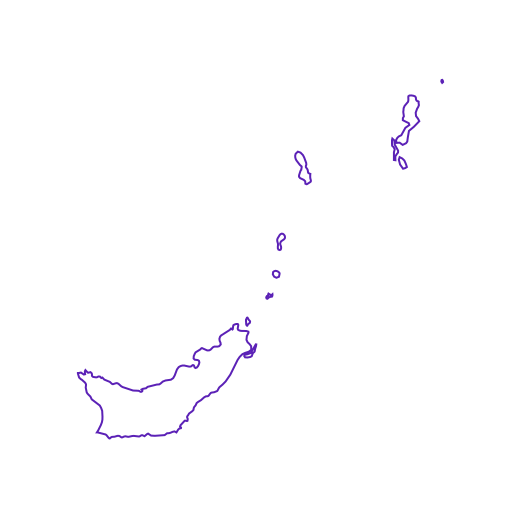 the Province of Sulawesi Utara, rotated 9°
{"feature_id": "IDN-513", "entity_name": "Sulawesi Utara", "entity_type": "Province", "adm_level": 1, "iso_a3": "IDN", "parent_name": "Indonesia", "parent_adm1": "", "projection": "natural_earth1", "projection_center": [125.095, 2.916], "detail": "fine", "context": "isolated", "style": "outline", "palette": "violet", "viewbox_px": 512, "rotation_deg": 9, "n_neighbors": 0, "source": "natural_earth", "source_scale": "10m", "svg_char_len": 5862}
<svg xmlns="http://www.w3.org/2000/svg" viewBox="0 0 512 512"><g transform="rotate(9 256 256)"><path d="M98.4,399.4L99.6,399.2L101.3,398.5L104.5,400.0L105.7,399.5L105.4,398.6L105.0,396.6L105.4,395.4L107.0,396.7L108.4,397.6L110.7,396.6L112.1,397.6L112.5,398.5L112.6,399.4L112.8,400.1L113.7,400.8L114.5,400.9L116.6,400.9L117.5,400.8L118.3,400.4L118.8,399.9L119.5,399.6L120.7,399.5L121.3,399.9L121.8,400.4L122.4,400.7L123.3,400.1L125.5,401.8L131.3,403.2L133.7,404.8L134.7,405.0L137.3,403.7L138.5,403.3L140.1,403.7L143.2,405.7L144.7,406.3L155.6,408.1L161.0,407.5L161.7,407.6L163.2,408.2L163.9,408.1L164.7,407.5L164.9,406.9L164.7,406.3L163.9,405.7L165.0,404.9L168.1,403.8L169.4,402.2L178.1,398.5L180.6,397.9L181.7,396.9L183.6,394.6L186.1,393.1L191.3,391.5L193.3,389.6L194.4,386.7L195.7,380.4L197.0,377.9L197.9,377.1L199.1,376.3L200.5,375.7L202.1,375.4L207.2,375.7L208.8,375.4L209.5,374.9L210.0,374.2L210.5,373.7L211.4,373.6L212.0,374.1L212.4,374.9L212.9,375.7L213.8,376.1L215.0,375.4L216.0,373.7L216.6,371.6L216.7,369.9L216.0,368.4L214.7,367.9L211.7,368.0L210.4,367.0L210.2,364.7L210.8,362.2L211.4,360.6L215.6,357.0L216.2,356.0L217.0,355.4L222.6,356.9L224.6,356.5L225.8,355.6L227.7,352.9L229.0,352.0L232.3,351.5L233.8,350.8L235.0,348.9L234.5,347.2L233.4,345.5L232.8,343.6L233.1,341.4L233.9,340.0L241.7,333.1L242.4,331.9L242.7,331.5L244.2,332.3L244.5,331.9L244.4,328.8L244.5,327.9L245.4,327.1L247.0,326.3L248.6,326.0L249.3,326.9L249.3,330.7L249.9,331.7L251.4,332.2L253.0,332.3L258.1,331.6L260.3,331.9L260.6,332.9L259.5,336.5L259.7,340.3L261.2,342.5L263.4,344.0L265.3,345.8L266.0,349.4L263.8,351.7L260.4,353.4L257.9,355.1L255.6,358.3L254.1,361.5L249.2,377.2L245.6,384.7L243.1,388.2L240.5,391.2L240.1,391.9L239.3,394.1L239.1,394.9L238.7,395.5L236.0,397.1L233.4,397.9L232.8,398.3L232.2,399.2L231.0,401.5L230.3,402.0L228.4,402.5L226.9,403.7L224.2,407.0L221.6,409.2L220.4,410.5L219.7,413.0L218.6,414.8L218.3,415.9L218.3,417.2L218.3,417.8L217.3,419.3L214.5,422.1L213.9,423.8L213.4,424.6L213.1,425.6L213.3,426.4L213.9,427.2L214.1,427.8L214.1,429.5L213.7,429.8L212.1,429.7L211.4,429.8L211.1,430.2L207.9,435.0L207.7,436.4L208.8,437.2L208.8,437.8L207.3,438.4L206.3,439.6L205.0,442.7L202.9,442.0L201.0,442.8L199.3,443.9L197.8,444.6L195.9,445.0L193.8,447.2L184.3,449.4L180.5,449.8L177.2,448.3L176.3,448.9L174.1,451.4L171.9,450.8L171.4,450.8L170.6,451.2L169.2,452.4L168.4,452.6L163.4,452.8L161.8,453.2L158.5,454.5L157.7,454.6L155.1,454.5L153.7,455.1L152.4,456.0L151.7,456.2L150.8,455.9L149.9,455.4L148.9,455.1L147.3,455.3L144.6,456.6L142.0,457.2L141.2,457.8L140.1,459.1L139.6,459.1L138.8,458.6L136.3,456.3L135.3,455.8L127.1,455.0L126.5,455.1L127.4,453.0L129.2,447.3L129.8,444.4L129.9,441.7L129.5,438.7L128.3,433.0L126.8,430.3L125.1,428.1L116.2,423.3L114.4,420.7L112.0,419.0L110.8,418.0L110.1,417.1L108.4,412.6L108.3,410.1L108.2,409.5L107.7,408.6L106.8,407.7L103.2,405.4L102.3,405.1L100.3,403.7L98.5,400.0L98.4,399.4ZM392.2,92.8L394.5,95.0L396.2,97.3L391.7,103.7L387.5,108.5L387.4,114.9L387.5,119.3L386.6,121.1L383.5,123.3L380.1,121.6L377.1,122.3L376.2,119.6L377.1,117.2L378.3,115.6L380.6,114.0L383.5,106.0L387.0,102.6L386.1,100.9L384.9,100.5L383.5,100.1L379.8,98.9L379.5,96.8L380.2,94.9L379.5,92.6L379.2,91.7L378.9,90.6L378.9,89.5L378.7,86.9L379.3,84.5L382.0,80.0L382.1,79.4L382.1,78.3L382.0,77.5L381.6,75.5L381.5,74.4L382.4,73.5L384.3,73.1L386.4,73.1L388.0,73.4L389.0,74.3L389.3,75.1L389.4,76.0L390.1,77.2L391.0,77.8L391.9,77.8L392.5,78.1L392.7,79.6L393.3,81.5L392.9,83.4L392.1,85.3L391.7,87.3L391.3,89.5L392.2,92.8ZM297.4,170.5L297.7,171.2L298.3,172.6L298.5,173.3L298.4,174.0L298.0,174.5L295.2,177.0L294.7,177.2L293.5,176.9L293.3,176.3L293.2,175.4L292.8,174.4L291.2,173.3L287.4,172.2L286.1,171.0L285.9,169.5L286.6,165.1L286.9,164.2L287.2,163.8L287.2,160.8L286.9,160.3L285.1,159.2L281.0,155.3L280.1,154.1L279.4,152.6L279.0,150.8L279.2,148.8L281.0,146.4L283.8,146.9L286.6,149.0L288.2,151.2L291.0,156.2L291.4,157.8L291.4,158.3L291.2,158.9L291.2,159.5L291.4,160.5L291.8,160.9L293.1,162.2L293.6,163.0L294.4,165.4L294.6,165.7L295.5,166.1L296.4,166.4L296.8,166.4L297.0,168.5L297.4,170.5ZM281.2,231.5L281.7,232.8L281.7,234.0L281.1,235.1L279.0,237.1L278.5,237.6L278.2,238.3L277.9,239.8L278.3,241.1L279.2,242.6L279.5,243.7L279.6,244.8L279.4,245.8L278.6,246.4L277.2,246.2L276.4,245.1L276.1,243.4L276.0,241.7L275.8,240.5L274.6,237.8L274.4,236.2L274.7,235.0L276.1,231.6L276.8,230.6L277.9,229.9L279.1,229.9L280.2,230.5L281.2,231.5ZM375.6,124.3L379.0,128.6L379.9,129.8L380.1,131.6L379.0,133.5L378.0,135.9L378.7,139.6L377.2,139.6L376.6,135.7L376.0,131.9L376.3,128.9L374.9,127.0L373.2,125.8L372.7,123.5L372.2,120.3L372.3,118.7L374.5,120.2L375.6,124.3ZM382.4,135.9L385.2,136.8L387.6,138.5L389.3,141.1L390.1,142.5L391.1,144.5L389.7,145.8L387.6,146.8L384.0,143.1L382.0,138.6L382.4,135.9ZM269.6,343.3L270.1,343.3L270.1,345.2L269.7,347.7L269.6,350.4L269.3,351.1L268.2,352.2L268.0,352.9L267.4,355.7L266.0,356.7L263.4,357.6L261.1,357.8L260.0,356.6L260.2,355.6L260.9,355.1L262.6,354.5L266.1,352.6L269.6,343.3ZM280.3,268.0L281.7,268.9L282.1,269.8L281.9,272.9L279.6,274.3L277.2,273.6L275.5,271.5L275.4,269.2L276.3,268.2L277.5,267.6L278.9,267.6L280.3,268.0ZM260.0,321.0L260.4,321.6L260.4,322.9L258.6,324.9L258.5,325.7L258.3,326.2L257.9,326.2L257.3,325.6L256.9,324.7L256.7,323.4L256.3,321.9L256.1,320.3L256.4,319.6L256.7,318.4L257.2,318.2L257.9,318.9L258.6,320.0L259.5,320.7L260.0,321.0ZM277.3,292.3L278.2,291.2L278.4,291.9L278.3,293.2L278.0,293.7L277.6,293.5L277.3,293.5L277.1,293.7L275.9,294.6L275.4,294.7L274.8,295.1L274.4,296.0L273.8,296.5L273.1,296.3L272.6,295.5L272.7,294.6L273.1,293.8L273.5,293.7L273.9,293.1L274.4,293.0L274.4,292.7L274.2,292.4L274.0,291.9L274.2,291.2L274.6,291.4L275.0,291.8L275.3,291.6L275.6,291.7L276.1,292.1L276.7,292.3L277.3,292.3ZM412.4,52.9L413.1,53.6L413.6,54.9L412.8,55.9L411.8,54.8L411.7,53.4L411.9,53.1L412.4,52.9Z" fill="none" stroke="#5b21b6" stroke-width="2"/></g></svg>